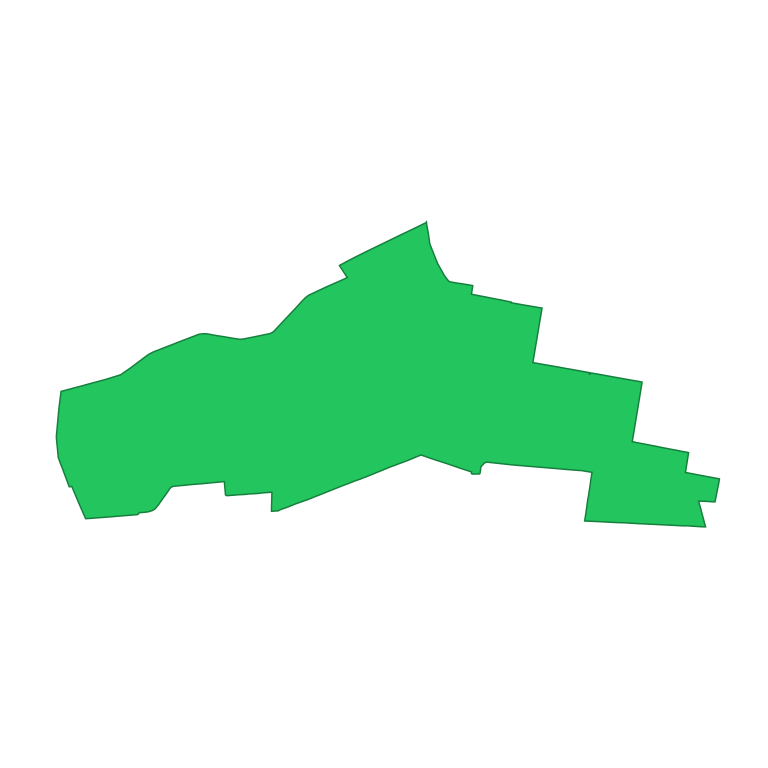 Dorobantu, Calarasi, Romania, rotated 87°
{"feature_id": "2599482B87906677909085", "entity_name": "Dorobantu", "entity_type": "district", "adm_level": 2, "iso_a3": "ROU", "parent_name": "Romania", "parent_adm1": "Calarasi", "projection": "equal_earth", "projection_center": [27.004, 44.232], "detail": "fine", "context": "isolated", "style": "filled", "palette": "green", "viewbox_px": 768, "rotation_deg": 87, "n_neighbors": 0, "source": "geoboundaries", "source_scale": "gbopen_adm2", "svg_char_len": 4100}
<svg xmlns="http://www.w3.org/2000/svg" viewBox="0 0 768 768"><g transform="rotate(87 384 384)"><path d="M501.0,55.0L496.3,54.0L494.6,60.9L493.5,65.7L488.1,87.6L480.1,85.9L468.5,83.4L461.8,110.4L461.0,113.6L454.6,139.1L439.2,135.7L414.6,130.3L396.8,126.4L395.6,126.2L394.7,129.6L393.3,135.9L388.9,154.8L387.6,160.3L386.5,165.0L385.7,168.4L383.7,177.2L384.9,177.4L384.6,178.7L383.4,178.4L379.0,197.0L378.3,200.2L375.2,213.3L374.4,216.9L373.1,222.5L372.1,227.0L370.4,234.2L368.6,233.8L353.3,230.4L316.5,222.2L315.2,227.8L314.4,231.4L313.3,236.3L312.5,240.0L311.8,242.9L310.0,250.8L309.6,252.6L308.9,252.5L308.8,253.1L308.2,255.1L307.3,258.7L305.9,263.9L304.8,268.7L303.0,275.6L301.2,282.9L300.3,286.5L298.9,292.0L290.4,290.2L289.3,294.9L288.7,297.6L287.8,301.8L287.4,304.0L286.6,307.5L285.6,312.0L285.3,313.0L284.8,313.8L284.3,314.3L281.9,316.0L279.1,317.9L266.8,324.0L259.6,326.5L246.5,330.9L236.4,331.8L226.3,333.1L224.5,333.2L225.2,333.8L235.7,358.9L250.5,394.0L255.2,404.8L258.9,413.0L263.3,422.3L265.5,421.1L268.5,419.3L271.7,417.5L275.8,415.1L279.4,424.3L284.1,436.7L289.3,449.5L289.6,450.0L291.1,453.9L292.2,455.8L293.0,457.0L294.1,458.4L297.3,461.9L299.4,464.0L303.3,467.9L307.9,472.8L315.3,480.5L319.6,485.0L325.5,491.1L326.1,491.9L326.8,493.0L327.2,493.9L327.7,495.3L328.1,498.1L328.9,503.1L330.2,511.7L331.3,519.4L331.6,520.7L331.8,524.4L331.8,525.5L330.8,530.7L330.1,533.9L328.2,542.3L327.1,547.7L326.2,551.7L325.2,555.7L324.6,558.4L324.4,560.7L324.4,562.4L324.5,564.6L324.7,566.4L327.5,575.0L330.7,584.9L339.0,610.0L340.2,613.4L342.1,617.5L344.9,621.8L355.0,636.8L360.0,645.0L360.7,645.8L361.3,647.7L364.9,661.9L374.5,706.9L392.0,710.0L418.1,713.8L420.5,714.0L440.5,713.1L448.6,710.6L450.1,710.0L450.8,709.8L470.2,703.7L470.0,701.1L487.8,694.7L502.9,689.0L502.7,679.2L502.6,674.0L502.4,667.9L502.3,660.8L502.2,660.2L502.0,652.9L501.9,649.8L501.8,646.0L501.6,639.9L501.6,637.7L501.5,637.2L501.3,636.6L501.0,636.0L500.5,635.6L500.0,635.4L499.7,635.2L499.6,634.9L499.6,634.4L499.7,633.2L499.7,632.4L499.6,630.8L499.4,627.0L499.1,625.2L498.8,624.1L498.4,622.6L498.1,621.6L497.8,621.0L497.1,619.7L496.5,619.0L496.0,618.5L494.2,616.8L493.0,615.7L492.0,614.9L486.9,610.9L484.0,608.5L479.9,605.3L478.0,604.0L476.2,602.2L475.6,601.2L475.3,600.3L475.1,599.4L474.8,590.8L474.6,586.9L474.3,580.5L474.1,573.3L474.0,569.1L473.6,560.6L473.2,551.1L473.1,548.6L474.7,548.5L480.6,548.3L486.5,548.1L486.6,547.8L487.0,547.3L487.3,546.7L487.3,546.0L487.2,542.5L487.2,541.9L487.1,538.0L487.0,536.9L487.0,533.5L487.0,531.7L487.0,528.4L486.7,524.8L486.8,521.3L486.7,515.3L486.4,510.9L486.2,502.8L486.3,501.6L491.6,502.0L497.7,502.5L504.2,503.0L505.2,503.0L505.2,501.2L505.1,496.0L504.7,495.5L503.9,493.6L503.1,490.8L501.8,486.4L499.1,478.6L495.5,466.4L494.7,463.9L492.6,457.9L490.7,452.1L488.5,445.7L486.5,439.8L484.7,434.5L482.6,428.3L482.4,427.6L481.8,425.5L479.1,417.6L477.6,412.2L476.9,410.4L475.9,407.0L466.4,379.8L466.4,379.4L464.2,372.6L462.7,367.8L461.8,364.9L461.2,363.2L460.3,360.5L458.7,356.2L457.6,352.9L457.1,351.6L457.0,351.4L456.7,351.2L459.0,345.3L460.7,341.3L463.4,334.4L464.0,332.8L467.0,324.9L472.8,310.5L476.4,301.2L476.6,301.3L477.3,301.4L478.1,301.3L478.5,300.7L478.6,299.3L478.8,293.4L478.5,293.0L477.8,292.7L475.5,292.2L471.9,291.6L471.2,291.0L469.4,289.1L468.1,287.7L467.4,285.8L467.7,283.6L471.2,262.0L472.3,254.5L472.8,250.6L473.9,242.7L475.2,233.0L476.5,223.6L477.7,214.6L479.0,205.6L479.8,199.5L480.5,194.1L480.9,190.8L481.0,190.4L481.5,188.3L482.4,184.1L483.1,180.9L485.9,181.5L491.7,182.7L495.0,183.3L499.0,184.1L502.2,184.8L505.5,185.5L506.8,185.7L507.5,185.9L510.1,186.6L511.0,186.8L512.1,187.0L513.9,187.3L517.3,187.9L520.1,188.5L521.8,188.8L525.6,189.6L527.6,190.0L531.3,190.8L531.5,188.7L532.5,178.5L534.7,157.4L535.1,152.1L536.6,138.7L537.5,129.8L539.9,106.2L541.5,90.9L541.3,90.4L543.2,74.3L543.4,72.1L543.5,70.4L541.0,70.9L539.9,71.2L536.2,71.9L532.1,72.8L528.3,73.6L524.4,74.4L521.7,75.0L517.8,75.9L517.4,76.0L517.6,73.6L517.9,70.3L518.4,65.4L518.7,63.4L518.9,61.1L519.0,60.0L519.0,59.6L505.5,56.2L501.0,55.0Z" fill="#22c55e" stroke="#15803d" stroke-width="1.5"/></g></svg>